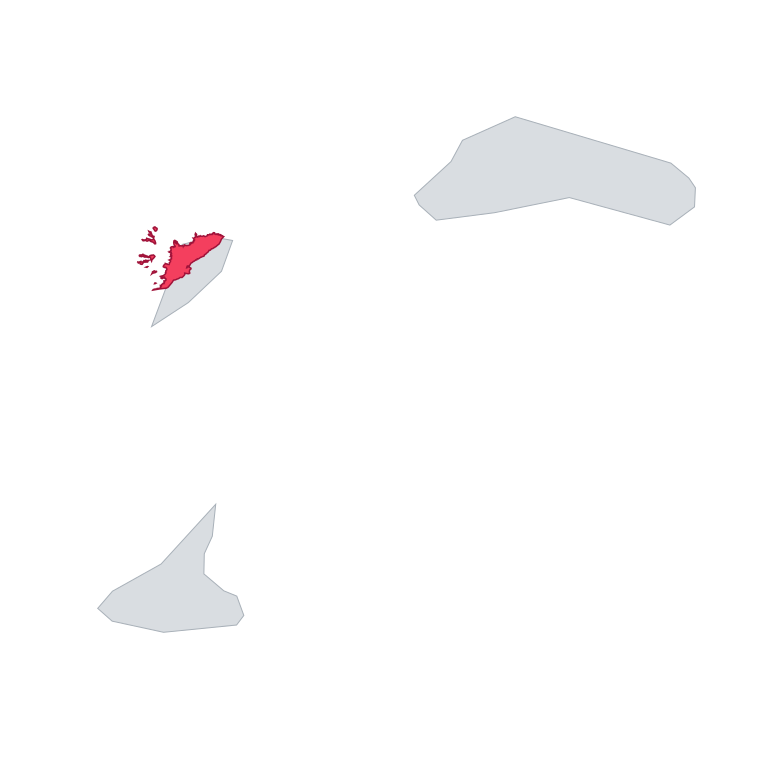 Nioumachioi, Moûhîlî, Comoros shown in context, rotated 102°
{"feature_id": "10938185B46959303700006", "entity_name": "Nioumachioi", "entity_type": "district", "adm_level": 2, "iso_a3": "COM", "parent_name": "Comoros", "parent_adm1": "Moûhîlî", "projection": "robinson", "projection_center": [43.69, -12.344], "detail": "fine", "context": "in_parent", "style": "filled", "palette": "rose", "viewbox_px": 768, "rotation_deg": 102, "n_neighbors": 0, "source": "geoboundaries", "source_scale": "gbopen_adm2", "svg_char_len": 6577}
<svg xmlns="http://www.w3.org/2000/svg" viewBox="0 0 768 768"><g transform="rotate(102 384 384)"><path d="M201.5,386.9L193.1,393.6L152.5,364.7L129.3,357.9L95.3,311.2L108.3,149.3L119.2,128.6L127.3,120.2L146.2,117.1L169.1,137.4L163.1,241.5L193.5,311.6L212.9,367.0L201.5,386.9ZM650.4,478.1L672.7,548.0L672.5,600.6L663.0,617.4L643.1,606.5L606.4,564.6L536.6,523.6L568.6,520.3L587.4,524.5L607.2,520.7L619.6,497.7L622.1,483.9L639.5,473.0L650.4,478.1ZM345.0,592.3L376.2,623.3L289.4,610.4L275.8,582.5L275.1,561.9L307.5,566.4L345.0,592.3Z" fill="#d9dde1" stroke="#a8b0b8" stroke-width="1"/><path d="M325.3,609.3L324.7,608.7L323.6,606.8L322.2,605.6L321.8,603.7L320.3,602.6L318.8,601.8L318.3,601.6L317.0,602.0L316.9,598.5L316.4,597.4L315.8,597.0L315.0,597.7L313.2,597.8L312.6,597.6L311.5,596.7L310.8,597.0L310.0,599.7L310.2,600.5L311.3,600.9L311.4,601.2L309.6,601.0L309.3,600.5L309.0,598.9L306.0,598.0L304.9,596.8L303.7,595.9L303.5,595.4L302.2,594.2L301.7,594.0L301.6,593.0L301.3,592.8L300.3,592.7L300.3,591.6L298.1,589.6L297.9,589.0L297.1,588.1L296.5,586.8L295.7,586.4L294.9,586.5L293.7,585.1L293.1,584.9L291.7,583.7L290.9,583.2L289.7,583.0L289.2,581.7L287.6,580.8L287.2,579.7L286.0,578.7L285.7,578.0L284.9,577.6L284.6,577.0L282.8,575.7L281.5,574.5L278.7,573.6L276.3,573.2L273.2,571.5L273.2,572.0L272.7,572.5L272.5,573.4L272.9,573.7L272.9,574.5L272.5,574.8L272.0,574.7L271.9,575.0L272.1,575.6L272.5,575.9L272.5,576.8L271.9,577.2L271.7,576.9L271.6,577.1L272.0,577.4L272.3,577.4L272.2,577.7L272.4,578.0L272.2,578.3L271.9,578.4L271.9,578.1L271.8,578.3L272.7,579.4L272.5,579.7L272.4,580.8L271.7,580.8L271.3,581.3L271.4,582.2L271.7,582.5L272.4,582.5L272.3,582.9L272.6,583.2L272.9,583.0L273.5,583.2L273.5,583.8L273.9,584.5L273.5,585.4L274.5,586.2L274.7,587.6L275.3,587.5L275.6,587.6L276.9,589.3L277.0,590.1L276.6,590.8L276.5,591.2L277.3,592.1L277.2,592.5L277.6,594.0L277.2,594.6L277.9,595.0L277.8,595.9L277.5,596.4L278.0,595.9L278.3,595.9L278.3,596.2L279.0,597.0L278.9,597.2L278.6,597.2L278.8,597.8L278.6,598.6L277.0,598.3L276.3,598.7L276.2,599.2L275.8,599.7L277.2,599.8L277.9,599.3L278.6,599.2L278.6,598.9L278.9,598.8L278.9,598.5L279.2,598.5L279.8,598.8L280.1,599.6L280.6,600.1L281.4,600.2L281.3,600.7L282.0,600.1L282.5,599.2L283.4,599.5L283.5,600.1L284.5,599.8L284.9,600.5L285.6,600.4L285.7,601.4L286.0,601.1L286.7,601.8L286.4,602.9L286.6,603.0L286.8,602.7L287.4,603.0L287.6,602.8L288.0,602.8L287.7,602.5L288.1,602.6L288.9,603.7L289.7,605.9L289.6,606.3L289.8,607.1L289.4,607.6L289.4,608.0L289.8,607.7L290.4,608.0L290.7,608.9L291.2,609.0L290.6,609.3L290.5,609.7L291.1,611.0L291.1,612.1L291.4,612.4L291.5,613.3L290.4,613.5L289.9,614.1L289.5,615.3L289.6,615.8L289.9,615.8L290.0,616.1L289.7,616.6L289.3,616.6L289.5,616.3L289.0,616.2L288.8,615.8L288.9,615.4L288.4,615.5L287.9,615.9L288.1,617.1L288.4,616.8L289.0,616.7L289.3,616.8L289.3,617.2L288.7,617.6L288.3,618.5L287.8,618.3L287.4,618.7L287.1,618.3L287.1,618.8L287.4,619.0L287.9,618.9L287.9,619.2L288.4,619.2L289.1,618.9L289.4,619.1L291.6,618.2L292.6,617.2L292.6,616.9L293.0,616.8L293.5,617.2L293.4,618.1L294.0,618.5L293.5,618.7L293.6,619.5L293.9,620.2L294.3,620.5L294.7,621.1L295.4,621.2L295.8,620.5L296.8,620.2L297.1,620.3L297.4,620.0L297.8,619.9L298.3,620.1L298.3,620.6L299.4,620.8L299.3,621.4L299.6,621.3L299.7,621.6L299.9,621.2L299.2,620.0L299.6,619.5L300.5,619.0L300.8,619.6L302.2,619.6L302.5,619.4L302.1,618.9L302.1,618.6L302.9,618.2L303.9,619.4L304.1,618.4L304.9,618.0L305.9,617.9L306.1,618.7L307.0,619.3L307.4,619.9L307.8,618.4L308.8,618.3L310.1,619.2L310.6,618.9L311.8,619.0L312.0,620.8L311.6,621.2L311.8,621.9L311.7,622.1L311.6,622.6L311.8,622.5L312.5,623.5L314.3,624.3L315.2,624.3L315.7,623.0L315.3,622.5L315.3,621.6L315.6,621.5L315.7,621.0L316.3,620.8L316.6,620.3L317.4,620.2L318.6,620.9L320.0,620.7L320.3,620.9L320.6,620.5L321.0,620.5L322.2,621.0L323.4,622.0L324.3,622.9L324.3,623.3L324.8,623.8L324.7,624.2L325.1,624.9L325.7,622.9L326.0,622.9L326.7,624.2L326.9,624.0L327.1,623.4L327.0,622.6L326.7,622.3L326.4,622.0L326.0,622.4L325.8,622.4L325.0,620.9L325.2,620.6L326.1,620.6L326.5,620.1L326.4,619.3L327.5,618.8L328.6,619.5L328.9,620.7L329.3,620.6L329.5,620.1L330.2,619.9L330.7,620.2L331.0,620.6L331.3,620.7L331.5,620.4L331.7,621.2L332.1,621.2L332.9,622.2L334.2,622.1L334.1,623.2L335.0,623.0L335.6,622.5L336.3,622.4L337.3,624.2L337.6,625.1L337.7,625.8L338.2,626.1L338.5,626.5L338.7,627.8L339.1,628.3L339.5,629.3L340.2,629.6L337.7,623.3L335.5,616.8L334.2,615.3L328.7,612.4L326.2,611.5L325.3,609.3ZM294.3,636.6L293.5,636.7L291.5,637.9L290.0,639.5L288.4,639.7L287.7,639.5L287.4,639.8L287.7,640.2L286.8,641.7L283.7,643.7L283.9,644.5L283.5,645.8L284.0,645.5L284.4,644.9L284.6,644.3L285.4,643.5L285.8,643.5L286.4,644.9L286.3,645.2L286.8,645.5L287.4,644.8L287.7,644.2L287.8,642.8L288.3,642.1L288.2,641.6L288.7,640.2L289.5,639.7L290.6,639.9L291.1,640.6L291.4,641.7L291.0,643.4L291.2,643.7L291.0,644.3L291.1,644.7L290.8,646.4L291.8,646.4L292.8,647.7L293.1,649.3L292.9,650.4L293.1,650.6L294.0,649.4L293.7,648.8L293.8,648.5L293.0,647.5L293.5,646.1L293.4,645.1L292.3,643.7L292.5,642.9L293.1,641.6L293.3,639.3L294.6,637.3L294.3,636.6ZM309.2,635.7L307.0,634.6L306.8,635.0L306.3,635.1L305.7,636.4L306.1,637.1L306.1,637.8L306.6,638.2L306.8,639.3L307.3,639.7L307.9,639.8L308.3,640.4L308.4,641.6L308.1,642.2L308.3,642.9L308.0,643.4L308.1,643.7L307.9,643.8L307.9,645.0L307.6,645.6L307.8,645.9L307.6,646.5L307.2,646.8L307.3,647.0L307.7,647.2L308.2,648.0L308.5,649.6L308.9,650.0L309.5,650.0L310.0,649.2L309.7,648.1L309.9,647.8L309.4,646.9L309.1,646.1L309.3,645.2L309.7,644.9L309.3,643.8L309.4,643.7L309.4,643.2L309.0,642.1L309.3,641.0L309.2,640.4L308.5,639.5L308.8,639.4L309.3,638.4L311.1,637.8L311.7,637.2L312.1,636.9L310.6,636.8L309.2,635.7ZM313.7,640.9L312.0,639.7L312.2,640.5L312.8,641.5L312.5,641.8L312.8,642.4L312.4,642.8L312.5,643.1L313.3,643.7L313.3,644.5L313.7,644.5L314.3,645.0L314.8,645.1L315.0,645.6L315.0,647.6L314.8,647.6L315.8,649.0L315.8,650.9L316.1,649.7L316.7,649.4L316.3,648.9L316.3,648.0L316.5,647.7L317.2,647.5L317.4,646.7L317.3,645.6L316.8,645.2L315.8,644.9L314.7,644.1L313.9,640.8L313.7,640.9ZM281.4,638.5L280.2,638.1L279.0,638.3L278.7,638.9L278.7,639.4L278.0,640.6L278.2,641.0L278.2,641.4L279.0,641.7L279.3,642.2L279.8,642.1L280.8,640.8L281.7,640.2L282.0,639.4L281.4,638.5ZM322.6,630.9L321.5,629.8L321.1,630.0L321.5,630.8L321.1,631.8L321.1,632.3L322.5,633.8L323.6,633.6L324.0,633.9L324.5,634.0L323.8,633.4L322.6,630.9ZM332.8,628.0L332.7,628.3L332.8,628.4L332.8,629.1L333.6,629.3L333.4,628.7L332.8,628.0ZM319.2,640.1L318.3,639.5L318.3,639.8L319.2,641.1L319.2,640.1Z" fill="#f43f5e" stroke="#9f1239" stroke-width="1.5"/></g></svg>